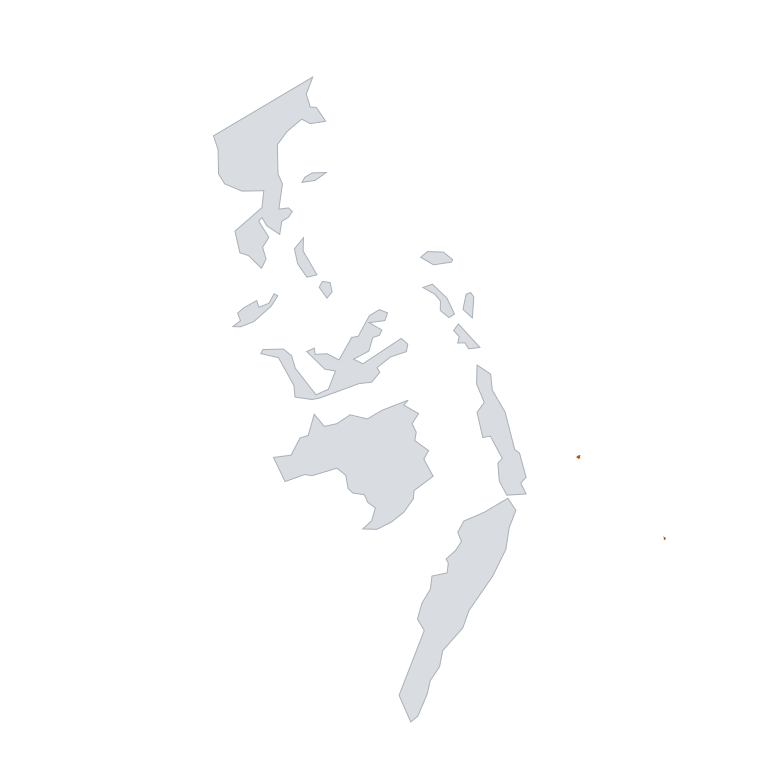 Indian Ocean Territories highlighted, Equal Earth projection, rotated 238°
{"feature_id": "IOA", "entity_name": "Indian Ocean Territories", "entity_type": "country or territory", "adm_level": 0, "iso_a3": "IOA", "parent_name": "Asia", "parent_adm1": "", "projection": "equal_earth", "projection_center": [99.131, -11.315], "detail": "fine", "context": "with_neighbors", "style": "filled", "palette": "amber", "viewbox_px": 768, "rotation_deg": 238, "n_neighbors": 1, "source": "natural_earth", "source_scale": "50m", "svg_char_len": 3256}
<svg xmlns="http://www.w3.org/2000/svg" viewBox="0 0 768 768"><g transform="rotate(238 384 384)"><path d="M684.8,370.9L682.1,486.2L671.0,471.7L657.9,468.2L654.5,473.2L637.8,473.7L643.9,459.4L652.3,454.5L649.4,435.2L643.5,420.4L618.3,405.4L607.5,403.9L588.0,387.5L584.0,396.2L578.9,397.7L576.0,391.2L576.1,383.5L566.1,374.8L580.4,368.4L589.7,368.8L588.7,364.1L569.4,364.0L564.3,353.5L552.5,350.2L547.0,341.4L564.8,337.1L571.5,331.3L592.6,338.6L598.2,373.9L611.6,384.5L622.9,365.7L638.1,355.0L649.8,355.0L670.7,367.5L684.8,370.9ZM472.0,482.2L473.3,491.0L464.4,504.2L453.1,508.1L451.6,505.9L458.8,489.2L472.0,482.2ZM594.0,447.0L593.1,433.6L598.4,421.3L601.3,426.5L601.1,434.9L594.0,447.0ZM380.3,251.4L372.9,267.4L382.7,284.2L380.5,292.4L395.3,308.8L379.7,310.9L375.3,323.0L375.8,339.0L363.2,351.2L362.7,368.8L357.5,395.9L355.6,389.6L340.6,397.6L335.5,386.8L326.1,385.8L319.6,380.1L303.9,386.5L299.1,377.9L279.7,376.8L277.7,353.0L271.1,348.1L264.8,332.9L263.0,317.4L264.5,301.0L272.3,289.2L274.5,301.0L283.6,311.1L292.1,307.5L300.5,308.7L308.1,299.8L314.4,298.2L326.9,303.2L337.6,299.4L344.3,274.7L349.3,268.6L353.7,248.4L380.3,251.4ZM531.7,374.5L546.1,379.7L550.7,393.2L539.7,385.9L512.2,385.0L515.4,375.2L531.7,374.5ZM498.6,392.0L489.6,388.8L487.1,381.1L500.4,380.3L503.6,386.1L498.6,392.0ZM512.8,286.2L513.8,295.9L521.6,297.4L522.9,304.7L522.2,320.2L515.4,318.5L513.4,329.3L518.8,338.6L515.1,340.7L509.8,329.5L505.9,306.8L508.5,292.7L512.8,286.2ZM430.4,306.8L462.2,308.5L475.1,295.6L477.4,299.6L466.9,317.2L457.0,320.6L444.3,317.1L410.9,320.6L409.0,334.0L420.8,349.8L427.9,341.7L452.5,335.7L451.4,343.9L445.6,341.3L439.9,351.7L428.3,358.6L440.6,381.3L438.1,387.4L449.7,407.8L449.5,419.5L442.4,424.7L437.3,418.4L443.9,403.9L430.9,410.8L427.7,405.9L429.4,399.1L420.0,388.7L421.1,371.4L412.3,376.8L413.5,422.8L405.2,425.3L399.6,420.2L403.5,403.9L401.6,386.8L396.1,386.6L392.1,374.5L397.6,362.9L406.2,322.0L409.0,314.7L420.1,301.6L430.4,306.8ZM410.2,506.3L393.2,493.9L405.4,490.5L416.6,501.2L415.7,505.9L410.2,506.3ZM424.6,475.9L433.4,474.6L445.2,468.1L443.1,477.9L423.3,482.9L405.9,480.8L406.0,474.3L416.5,470.7L424.6,475.9ZM384.3,472.9L392.4,471.4L395.5,478.9L364.2,484.7L368.9,474.5L376.0,474.4L379.7,468.2L384.3,472.9ZM256.5,438.6L258.3,444.9L283.4,446.6L286.3,439.4L310.6,447.9L315.3,459.3L334.9,462.5L350.8,473.0L335.8,479.7L321.5,472.6L296.0,471.8L259.1,460.1L253.6,462.3L229.7,455.1L227.5,447.5L215.5,446.2L224.6,429.3L240.5,430.3L256.5,438.6ZM202.7,344.0L204.9,356.4L209.4,366.3L219.1,367.9L225.5,379.1L222.1,401.1L221.5,428.5L207.0,428.9L195.9,414.1L179.1,399.6L163.5,374.4L147.0,336.3L135.4,321.5L126.7,292.4L114.8,281.3L108.0,266.1L98.1,256.2L84.4,236.6L83.2,227.6L112.0,231.8L153.6,287.5L166.9,287.8L178.0,300.0L185.6,314.8L195.7,322.9L190.4,337.4L197.9,343.6L202.7,344.0Z" fill="#d9dde1" stroke="#a8b0b8" stroke-width="1"/><path d="M219.8,510.4L219.4,511.6L218.8,511.0L218.0,510.7L218.1,509.8L218.8,509.7L219.1,509.6L219.6,509.3L219.8,510.4ZM103.8,540.0L104.0,540.1L104.3,540.2L103.9,540.3L103.8,540.0L103.7,539.5L103.6,539.1L103.7,539.4L103.8,539.7L103.8,539.9L103.8,540.0ZM104.8,540.3L104.7,540.4L104.5,540.2L104.8,540.0L104.9,539.9L104.9,539.7L104.9,539.9L104.9,540.1L104.8,540.3Z" fill="#f59e0b" stroke="#b45309" stroke-width="1.5"/></g></svg>